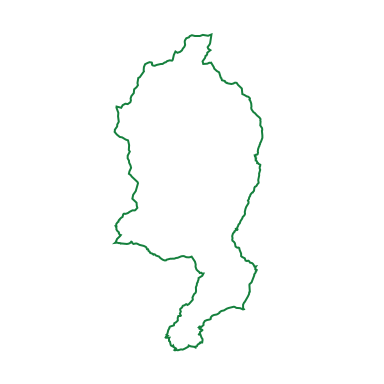 Buces, Hunedoara, Romania, rotated 249°
{"feature_id": "2599482B61703406686654", "entity_name": "Buces", "entity_type": "district", "adm_level": 2, "iso_a3": "ROU", "parent_name": "Romania", "parent_adm1": "Hunedoara", "projection": "mercator", "projection_center": [22.959, 46.183], "detail": "fine", "context": "isolated", "style": "outline", "palette": "green", "viewbox_px": 384, "rotation_deg": 249, "n_neighbors": 0, "source": "geoboundaries", "source_scale": "gbopen_adm2", "svg_char_len": 6019}
<svg xmlns="http://www.w3.org/2000/svg" viewBox="0 0 384 384"><g transform="rotate(249 192 192)"><path d="M219.7,278.0L224.1,279.2L224.7,279.8L226.5,280.3L229.7,279.6L233.3,281.3L234.3,281.4L235.5,282.1L237.3,281.7L240.2,280.1L243.3,278.9L244.5,278.0L247.7,277.2L249.3,277.4L250.4,278.1L253.4,279.0L256.0,279.1L257.6,278.7L258.2,279.5L258.8,279.6L260.6,278.8L261.3,278.0L261.5,277.5L263.8,275.7L265.4,274.1L270.8,275.6L275.4,273.4L277.9,272.8L278.6,271.5L278.7,270.7L278.4,269.7L278.7,267.5L280.5,264.5L281.5,263.7L281.4,263.4L282.6,262.5L283.9,262.4L285.6,260.0L287.7,260.2L288.4,259.8L294.0,260.2L296.1,258.5L299.2,257.0L300.7,257.1L305.9,256.2L306.0,255.3L306.5,254.5L306.3,252.3L307.5,248.4L310.2,248.7L312.5,252.2L314.3,253.5L314.3,254.5L315.3,255.6L316.6,256.2L317.8,260.0L319.9,258.5L321.6,258.5L323.5,261.4L324.7,262.4L332.1,266.6L332.1,263.0L334.8,258.4L334.8,255.2L336.6,250.6L338.4,248.1L338.3,245.7L337.5,244.6L337.6,241.8L336.0,239.7L334.8,239.0L331.8,238.3L330.3,236.9L329.2,234.9L327.8,233.3L327.1,231.1L327.2,228.3L329.1,226.9L326.5,224.2L322.3,221.4L321.8,220.4L322.9,218.4L323.1,215.7L322.5,214.0L322.7,212.8L322.1,210.5L322.7,208.6L323.3,204.5L323.2,202.5L324.0,201.0L324.6,200.5L325.2,200.3L326.6,200.9L327.3,200.8L328.4,198.9L328.4,196.8L328.1,194.0L325.9,191.9L323.0,190.5L321.9,190.4L317.9,184.4L317.7,182.7L313.2,180.1L311.1,179.8L309.7,177.8L308.6,174.8L305.2,173.1L303.3,169.8L301.3,168.2L299.4,167.8L297.9,166.6L297.1,163.5L298.3,161.4L297.9,158.4L296.0,156.1L298.8,152.2L297.9,151.7L292.3,151.6L289.2,150.1L283.8,148.8L281.8,146.4L280.0,145.6L277.8,142.3L276.5,141.8L275.9,141.3L272.6,142.4L269.3,144.3L268.0,146.4L264.8,148.8L263.1,150.8L258.3,150.1L253.9,148.1L252.0,148.4L249.0,145.0L246.5,144.0L243.8,144.4L241.9,143.8L238.9,144.1L236.4,143.8L233.7,141.0L231.6,139.6L229.8,140.8L227.9,141.3L221.7,144.3L220.5,144.8L219.5,144.7L213.0,139.8L210.5,136.1L207.1,133.9L201.9,136.4L198.9,135.5L196.8,135.3L195.5,132.8L195.3,132.0L196.2,129.9L195.8,126.3L195.4,125.2L195.3,123.5L195.5,121.8L196.1,120.9L196.1,120.4L195.7,119.7L193.6,118.2L193.4,116.9L192.7,115.1L192.1,114.6L192.2,114.2L191.7,113.3L190.6,112.7L190.5,111.9L189.4,110.0L188.2,109.3L187.0,109.2L186.9,109.0L187.2,108.5L185.6,108.6L184.1,108.0L182.5,108.3L180.5,109.3L179.8,108.9L178.1,109.2L177.3,110.1L176.6,109.0L175.0,105.2L172.4,102.7L172.1,101.9L171.6,103.9L170.4,105.5L170.2,106.4L169.4,107.0L169.5,107.2L166.8,112.6L166.5,114.1L166.5,115.3L166.7,116.2L167.4,117.5L167.0,117.9L166.0,117.9L164.5,118.7L164.0,121.4L163.2,122.5L161.4,124.1L159.0,127.6L157.4,129.1L156.6,129.5L154.7,129.5L154.2,130.5L152.6,130.3L151.5,131.1L150.5,131.0L149.3,132.0L148.7,132.9L147.4,133.5L147.6,134.1L147.1,134.9L145.6,135.6L143.5,138.1L141.8,138.7L139.4,140.3L138.0,141.8L137.5,143.2L137.9,144.0L137.5,147.7L136.1,151.7L136.1,153.6L135.7,155.0L135.8,158.9L135.6,159.9L135.1,161.4L133.2,163.3L132.3,165.2L131.9,166.5L131.8,168.5L125.9,169.8L123.1,169.5L120.9,168.5L118.0,168.4L116.1,169.2L115.1,169.9L113.6,170.2L113.4,171.6L112.4,172.1L111.8,173.5L110.1,171.6L109.3,167.3L107.9,166.7L106.4,165.3L105.7,165.0L105.0,163.9L103.2,163.0L101.7,161.5L98.1,160.3L96.9,159.5L96.4,158.8L96.1,157.7L95.7,157.1L93.3,154.6L91.5,154.3L91.0,153.9L88.4,148.8L88.2,147.2L89.2,146.7L89.4,146.2L88.9,144.3L89.1,143.0L88.8,142.3L87.8,141.4L87.0,139.1L86.1,138.7L84.4,138.7L82.8,137.1L80.6,137.3L80.4,136.9L80.6,136.2L81.1,134.8L79.5,133.5L77.1,132.7L76.1,130.4L75.8,128.4L74.0,127.3L74.2,123.3L73.6,122.3L73.0,122.1L71.5,120.3L68.3,118.1L67.8,116.9L67.1,117.0L66.6,117.6L66.2,115.9L65.6,115.2L65.3,115.4L64.1,118.7L63.6,118.1L61.9,117.4L61.1,117.2L60.3,117.8L56.9,117.3L56.2,117.4L54.9,118.5L55.4,119.4L53.7,119.4L52.0,120.7L51.6,120.2L51.4,120.6L51.1,120.2L50.7,119.0L50.3,119.3L50.1,120.8L49.3,122.1L49.0,125.3L48.2,126.8L48.3,128.9L48.9,133.2L49.9,133.9L48.3,135.6L46.7,138.5L45.6,139.5L46.4,139.9L46.2,140.9L46.4,141.5L47.5,142.6L48.0,145.7L48.4,145.2L48.6,145.5L48.6,146.1L48.3,146.3L48.4,146.7L47.9,147.6L50.0,148.8L51.1,149.1L52.7,148.7L55.9,148.8L56.3,147.5L56.6,147.4L57.6,149.0L58.5,149.4L59.2,152.1L59.5,152.2L60.7,151.3L60.6,151.0L60.8,150.8L61.4,150.7L61.6,150.0L62.2,150.0L62.3,150.5L63.0,150.7L63.3,150.1L63.7,150.8L63.6,151.2L63.1,151.4L62.6,150.9L62.5,151.2L62.6,152.2L63.7,155.1L65.4,155.7L67.0,157.7L67.1,160.0L66.6,163.0L66.8,164.0L68.2,164.6L69.2,166.5L69.3,168.5L68.8,171.1L68.9,172.4L69.3,174.2L69.8,174.5L70.4,176.8L70.0,179.4L70.6,182.6L70.6,184.5L69.9,189.9L69.5,190.6L67.9,191.9L66.3,195.3L64.1,197.5L64.0,198.4L65.3,198.1L68.5,199.3L70.1,201.0L70.5,201.9L74.4,206.7L76.3,208.7L77.9,209.5L78.1,210.2L84.7,212.3L85.3,212.7L86.3,215.2L91.8,220.2L92.8,220.6L93.7,222.1L94.6,223.0L95.2,223.1L95.4,224.0L96.0,224.5L97.4,223.4L99.1,224.4L99.6,225.1L99.9,223.6L102.1,223.4L103.4,223.0L104.3,222.4L105.2,220.9L106.9,220.5L107.4,220.2L107.8,219.8L107.8,218.6L108.8,217.4L111.2,217.5L113.4,215.5L114.5,214.9L117.0,215.8L120.7,215.7L122.8,216.0L123.4,215.6L123.7,214.5L124.1,214.0L125.5,213.1L128.8,213.7L130.4,213.3L132.1,212.3L133.1,212.5L134.4,213.3L136.4,213.7L138.6,215.4L139.5,217.3L140.0,217.4L140.7,219.5L141.9,219.7L141.9,220.2L140.6,220.3L140.4,220.6L140.6,221.0L141.8,221.1L142.7,221.6L143.8,222.9L145.0,223.8L145.6,225.3L147.4,226.8L149.2,229.3L150.5,230.4L151.3,232.2L152.0,233.2L153.0,233.8L154.4,234.1L157.1,235.9L158.7,237.3L161.3,240.7L162.6,241.3L163.9,241.1L164.9,242.5L166.5,243.5L167.4,244.8L168.6,245.6L169.8,247.7L169.8,248.7L170.4,249.2L170.9,250.3L173.5,251.7L174.3,252.6L174.4,253.8L174.8,254.7L175.6,255.5L176.7,257.5L179.4,258.1L183.5,260.7L185.1,261.2L188.2,263.6L189.6,263.6L191.2,264.2L191.9,265.0L193.0,265.5L194.4,264.2L195.4,264.0L195.6,263.8L195.5,263.4L195.6,263.2L196.6,263.6L198.5,263.3L198.7,262.8L199.6,263.1L200.5,263.9L200.9,263.5L202.1,264.0L202.6,263.5L203.8,263.7L203.6,264.6L203.9,265.1L203.6,265.9L203.7,266.7L205.2,267.8L206.2,267.9L208.4,269.1L210.4,270.8L210.8,271.4L211.8,272.0L212.2,272.6L213.5,273.4L214.1,274.3L217.3,277.1L219.7,278.0Z" fill="none" stroke="#15803d" stroke-width="2"/></g></svg>